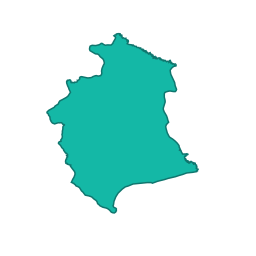 outline of Hoon, Oudômxai, Laos, rotated 39°
{"feature_id": "54806243B15680017307326", "entity_name": "Hoon", "entity_type": "district", "adm_level": 2, "iso_a3": "LAO", "parent_name": "Laos", "parent_adm1": "Oudômxai", "projection": "albers", "projection_center": [101.419, 20.096], "detail": "fine", "context": "isolated", "style": "filled", "palette": "teal", "viewbox_px": 256, "rotation_deg": 39, "n_neighbors": 0, "source": "geoboundaries", "source_scale": "gbopen_adm2", "svg_char_len": 5697}
<svg xmlns="http://www.w3.org/2000/svg" viewBox="0 0 256 256"><g transform="rotate(39 128 128)"><path d="M126.2,49.4L125.8,49.0L125.7,49.9L125.2,49.7L124.9,50.0L124.4,48.9L124.2,49.3L123.3,49.2L122.8,49.7L122.6,50.2L122.4,50.2L122.3,49.8L122.1,49.8L121.7,50.3L121.3,50.2L121.0,50.5L120.9,50.4L120.9,49.9L120.6,49.7L120.1,50.5L119.4,50.5L119.3,50.3L119.6,50.0L119.6,49.8L118.8,49.7L118.7,49.1L118.2,48.9L117.9,49.4L118.1,50.1L117.7,50.6L117.9,51.0L117.4,50.8L116.7,51.3L116.2,52.3L115.1,52.1L114.6,52.4L114.4,52.2L113.6,53.2L113.4,53.0L113.2,53.3L113.1,53.1L113.4,52.9L113.1,52.7L112.8,52.9L112.7,53.5L112.2,53.4L111.5,53.6L111.0,53.5L110.9,54.2L110.2,54.1L109.8,54.5L109.4,54.3L109.7,53.8L109.6,53.6L108.8,53.4L108.0,54.0L107.2,54.9L107.1,55.2L107.3,55.4L107.2,55.7L106.6,55.7L106.6,56.1L106.0,56.2L105.7,56.7L105.2,56.5L105.2,56.2L105.7,55.6L105.4,55.3L104.9,55.8L104.3,55.5L104.3,56.2L103.8,55.9L103.7,56.1L103.9,56.4L103.7,56.5L103.2,56.2L103.0,56.3L103.1,56.6L104.1,57.4L103.7,57.9L103.2,57.2L102.6,56.9L102.7,56.4L102.1,56.4L101.8,55.9L101.4,56.4L101.8,57.1L101.6,57.2L101.1,56.6L101.1,56.1L100.8,55.9L100.4,55.8L100.3,56.0L99.9,56.0L99.7,56.6L99.2,56.8L98.8,56.0L98.0,56.1L98.1,55.8L97.8,55.5L97.6,55.8L97.9,56.4L97.6,56.6L97.5,57.5L97.1,57.5L97.2,57.1L97.0,56.9L96.5,57.3L95.3,57.0L94.9,57.3L94.9,57.8L94.6,58.0L94.0,57.0L93.6,56.8L93.5,57.5L93.2,57.4L93.3,57.1L93.1,56.9L92.6,57.4L92.5,58.0L91.9,57.6L91.6,58.4L91.3,58.4L91.2,57.9L90.7,57.6L90.7,58.3L89.6,57.9L89.6,58.4L89.4,58.5L87.9,58.2L87.2,57.4L87.4,58.2L86.8,58.9L85.9,58.6L84.2,59.8L82.9,59.4L81.8,60.4L79.9,60.2L79.3,60.8L79.3,61.0L79.8,61.0L79.7,61.2L79.4,61.3L78.8,60.9L76.2,62.5L74.3,63.0L74.1,62.2L74.0,60.7L73.7,60.5L73.3,60.7L73.4,60.2L73.0,59.8L72.7,60.0L72.9,60.2L72.5,60.8L72.1,60.1L71.9,60.0L71.5,60.3L70.4,60.2L69.9,59.6L68.9,60.7L67.7,60.8L67.1,61.6L66.2,61.3L65.6,60.4L64.7,60.7L64.8,60.0L64.6,59.8L63.9,60.5L63.0,59.9L62.8,60.8L62.0,60.1L60.9,60.9L59.8,62.3L60.2,63.0L59.4,63.8L59.0,65.2L60.0,65.3L60.7,65.1L61.3,65.4L61.9,66.5L62.6,71.0L63.0,71.8L62.6,74.2L59.6,76.5L58.4,77.9L56.8,78.4L54.8,78.5L53.9,79.1L53.7,80.2L53.1,81.6L51.0,84.3L48.1,86.3L47.1,88.1L47.4,89.2L48.4,90.9L49.8,91.8L55.4,91.0L56.6,90.6L57.6,89.7L59.4,89.5L61.5,90.1L65.0,90.1L66.7,90.8L68.5,92.2L69.1,93.1L69.3,94.6L70.3,98.0L71.6,100.4L73.0,101.7L73.6,102.8L73.8,104.5L72.2,106.4L70.4,107.2L69.7,108.0L68.4,110.1L68.2,111.0L67.4,112.3L65.3,114.4L59.8,117.2L59.2,117.7L58.7,118.6L58.7,119.0L58.9,119.3L58.9,119.7L59.6,120.1L59.6,121.2L59.3,122.3L58.7,122.8L59.1,123.0L59.4,124.1L59.0,124.9L58.0,125.8L57.8,125.8L57.7,126.8L56.3,127.3L56.1,128.0L55.1,128.5L54.8,128.1L54.4,128.0L54.4,127.6L53.1,127.0L52.0,127.6L51.8,128.4L51.2,128.8L51.3,129.3L50.9,129.3L51.0,130.4L52.0,131.6L54.7,133.3L56.5,134.1L57.6,134.9L60.8,136.4L61.3,140.7L60.9,142.9L59.2,147.1L58.0,149.7L58.1,151.4L58.7,153.2L57.5,156.9L57.7,158.2L55.3,164.1L55.0,166.4L55.5,167.2L57.1,167.2L58.2,168.0L60.1,168.4L62.4,170.5L63.5,170.8L64.0,171.3L66.1,171.7L68.4,171.0L70.4,167.9L71.9,166.8L72.7,165.9L73.2,165.7L74.9,166.1L75.9,165.6L76.6,165.6L76.7,165.8L76.4,166.9L76.8,168.3L77.4,168.9L78.4,170.5L79.0,171.9L79.7,172.4L80.0,173.2L80.5,173.6L80.6,174.4L82.3,175.9L83.2,177.5L83.3,179.5L84.3,180.6L83.4,181.6L83.2,182.3L83.2,182.9L83.5,183.6L84.4,183.9L85.1,183.8L87.2,184.2L88.8,184.9L91.0,185.1L91.6,185.3L92.0,185.8L94.8,186.6L95.8,186.7L96.2,186.3L97.9,186.8L98.0,187.7L97.6,188.0L98.0,188.2L98.7,187.8L99.2,188.5L99.3,188.7L99.1,189.1L99.2,190.3L99.9,190.8L99.7,191.7L99.9,192.3L100.8,193.7L101.5,193.9L101.9,194.5L102.6,194.4L103.2,193.8L103.6,194.2L104.4,194.0L106.9,192.9L106.9,193.6L107.3,193.9L113.8,195.5L115.0,196.2L116.0,197.4L117.0,200.2L117.3,202.5L118.2,205.9L119.3,205.5L120.3,205.5L120.7,205.1L121.8,205.4L122.8,205.2L123.4,205.6L124.0,205.7L126.3,205.0L127.5,204.9L128.3,205.0L131.3,206.1L133.4,206.2L137.0,207.1L140.5,205.3L143.1,204.4L146.4,204.6L148.6,204.4L150.2,204.7L152.0,205.9L154.2,205.9L155.1,206.1L158.3,205.4L161.7,203.8L163.0,203.5L165.4,203.4L167.8,203.9L169.1,203.6L170.0,203.2L170.9,202.5L171.3,201.0L171.0,200.5L171.1,199.7L170.8,199.6L169.9,198.2L169.6,198.1L169.1,198.0L166.9,198.5L166.1,198.3L165.3,197.8L165.1,196.9L163.3,193.9L161.8,189.1L161.3,184.8L162.0,178.9L163.0,175.3L164.5,173.2L167.2,168.3L177.3,158.3L180.4,155.8L181.7,155.5L184.5,150.8L188.8,145.1L190.9,141.9L195.5,136.0L197.6,132.7L199.7,129.7L201.9,126.0L206.1,121.8L208.7,118.8L208.3,118.4L208.9,117.7L208.4,117.3L208.6,116.2L208.2,115.9L207.6,116.3L206.3,116.3L206.2,116.0L206.3,115.3L205.8,115.0L205.6,114.5L204.9,114.6L204.6,113.8L203.1,113.9L202.5,113.1L202.2,113.1L201.2,113.6L201.9,113.8L201.7,114.7L200.6,114.3L200.3,114.4L199.9,114.0L199.0,114.3L198.2,114.3L198.3,115.5L198.0,115.7L197.4,115.3L197.3,115.6L197.6,116.9L197.3,117.0L196.5,116.5L195.7,117.3L195.3,117.2L194.9,117.0L195.7,116.7L195.6,115.8L194.9,115.9L194.3,116.8L193.6,116.4L193.0,116.4L192.7,115.8L191.9,115.7L192.3,116.5L191.0,115.8L190.0,114.7L190.0,113.8L190.5,113.7L190.7,113.4L190.2,112.4L190.8,111.9L190.7,111.4L191.1,111.1L191.2,110.9L191.0,110.7L190.5,111.0L190.0,110.9L189.4,111.7L186.8,113.9L185.8,113.4L185.1,113.3L183.5,112.3L182.0,112.8L181.9,112.5L182.5,111.9L182.4,111.8L182.1,111.8L180.9,111.0L180.2,110.9L178.6,109.5L175.8,108.8L172.8,108.5L169.8,108.5L166.2,108.9L165.5,108.8L161.6,107.1L158.1,104.6L156.4,103.2L155.7,101.2L155.9,97.9L154.2,97.0L152.4,95.6L150.3,94.3L145.8,92.6L143.7,91.3L142.9,90.3L140.5,84.4L139.2,83.0L136.8,81.2L134.7,78.6L134.3,77.2L135.1,75.6L136.1,74.2L137.3,72.8L140.2,71.2L141.8,70.0L141.9,68.7L141.4,67.4L138.1,65.5L135.6,63.3L127.4,59.3L124.6,56.8L124.3,55.9L124.3,53.3L124.8,51.4L126.2,49.4Z" fill="#14b8a6" stroke="#0f766e" stroke-width="1.5"/></g></svg>